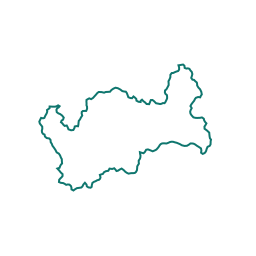 outline of Frei Inocêncio, Minas Gerais, Brazil, rotated 304°
{"feature_id": "56859067B46677455197451", "entity_name": "Frei Inocêncio", "entity_type": "district", "adm_level": 2, "iso_a3": "BRA", "parent_name": "Brazil", "parent_adm1": "Minas Gerais", "projection": "robinson", "projection_center": [-41.872, -18.522], "detail": "fine", "context": "isolated", "style": "outline", "palette": "teal", "viewbox_px": 256, "rotation_deg": 304, "n_neighbors": 0, "source": "geoboundaries", "source_scale": "gbopen_adm2", "svg_char_len": 3953}
<svg xmlns="http://www.w3.org/2000/svg" viewBox="0 0 256 256"><g transform="rotate(304 128 128)"><path d="M102.0,51.0L100.5,51.9L98.9,51.3L97.6,50.8L96.4,51.9L94.6,52.4L91.8,52.6L89.6,53.0L88.5,52.1L87.8,50.3L85.6,50.6L83.7,50.9L82.4,52.4L81.8,54.2L81.2,56.1L79.4,57.4L77.5,58.1L76.2,59.3L75.6,60.9L75.9,62.5L74.5,63.9L74.2,66.2L75.3,68.6L74.8,70.4L73.0,71.9L72.2,73.8L71.1,75.2L70.3,77.5L69.2,80.2L67.9,82.5L68.1,85.0L67.3,87.0L65.9,89.0L65.2,90.5L63.3,91.9L61.7,93.2L60.3,92.9L58.8,93.0L56.7,93.5L54.9,92.1L54.3,94.7L53.5,97.2L53.2,99.5L51.6,100.6L50.0,100.5L48.3,100.1L46.6,99.9L44.6,101.0L45.0,103.0L46.1,105.1L46.3,106.7L46.3,108.5L47.5,109.6L48.3,111.1L48.0,113.1L47.1,114.3L45.5,115.5L45.7,117.7L47.7,118.4L49.6,119.3L51.1,121.0L52.6,122.6L54.1,122.9L56.2,122.6L58.5,122.9L57.9,125.2L56.6,126.5L56.6,128.4L57.6,130.4L58.9,130.8L60.3,130.0L62.6,129.2L64.4,129.9L65.8,130.9L67.5,131.7L68.8,132.9L70.3,133.2L71.7,132.8L73.4,130.9L74.5,131.7L76.0,132.9L77.8,132.8L79.8,133.8L81.5,135.6L84.0,135.4L85.2,137.8L86.9,139.1L86.5,140.9L85.9,142.5L86.9,143.5L89.0,144.4L90.8,145.4L90.7,147.9L90.2,150.3L90.2,152.2L90.5,154.0L92.2,155.7L93.5,157.6L94.6,158.8L96.0,159.2L98.0,159.0L99.9,158.0L101.4,157.1L103.1,157.0L104.5,157.0L105.8,155.9L107.0,155.1L109.2,155.1L110.7,154.6L112.2,153.7L113.3,152.5L114.6,151.4L115.1,153.2L115.8,155.0L117.7,155.4L120.1,155.2L121.4,156.5L121.9,158.5L122.5,161.5L124.3,162.7L126.0,163.6L128.2,163.9L129.9,164.0L131.3,163.9L132.9,164.1L134.3,164.9L135.5,166.5L136.7,168.6L138.4,169.8L139.8,170.6L140.9,171.7L141.8,173.1L142.3,174.8L143.0,176.7L143.4,178.7L143.7,180.3L143.8,182.3L144.7,184.8L146.2,186.8L148.2,187.8L150.1,188.4L151.0,189.7L151.7,191.2L151.9,192.9L151.8,195.0L151.9,197.0L151.9,199.9L150.4,201.4L148.4,202.4L148.3,204.4L149.5,205.2L150.8,205.7L152.6,205.6L154.7,204.9L156.9,204.5L158.8,205.7L160.5,205.6L161.7,204.9L163.1,204.0L164.8,203.3L165.3,201.7L166.6,200.4L167.9,199.3L169.6,197.9L170.1,194.8L170.2,191.9L171.9,190.6L173.9,190.6L175.7,190.4L176.1,188.6L176.9,186.9L178.1,185.6L178.1,183.4L176.7,182.0L175.3,180.1L174.2,178.4L173.4,176.3L174.1,173.5L174.9,171.7L176.3,170.4L178.0,169.9L180.1,169.7L181.1,167.5L182.9,167.3L185.3,167.4L187.7,167.6L189.3,167.3L191.0,167.4L192.9,168.8L193.8,170.7L195.2,170.4L197.1,170.4L199.0,168.5L200.4,166.1L200.9,163.7L201.9,161.6L203.1,160.7L204.2,159.6L204.4,157.6L204.8,155.8L204.1,154.4L204.9,152.4L206.7,151.9L208.7,151.2L210.2,149.4L210.6,147.6L211.4,145.8L210.9,144.2L209.9,143.2L209.5,141.4L211.2,139.9L211.4,138.2L210.3,137.0L209.2,135.9L208.2,134.8L206.7,136.6L205.0,137.7L203.3,137.7L201.8,136.5L200.3,135.5L199.0,134.8L198.0,133.5L195.8,133.4L193.8,134.7L191.6,135.2L189.4,135.4L187.9,136.6L186.3,137.7L184.6,137.9L183.0,138.1L181.5,138.2L179.9,137.7L178.2,138.6L177.3,139.8L177.0,141.9L175.6,143.1L174.3,143.9L172.5,144.2L170.5,144.5L169.0,144.4L168.2,143.0L166.8,142.2L165.8,141.2L165.2,139.7L164.2,137.4L164.8,134.5L164.9,132.6L163.9,131.3L162.0,131.7L159.6,132.2L158.3,130.0L158.8,127.5L158.8,125.9L159.3,123.8L157.8,123.3L156.6,123.9L155.6,122.0L155.4,119.7L156.7,118.6L157.1,116.7L157.2,114.9L155.0,114.7L154.2,113.3L153.7,111.1L155.1,109.2L156.3,107.5L156.9,105.9L156.1,104.4L155.4,102.6L155.6,100.3L155.3,97.3L154.4,95.1L152.5,93.9L150.2,93.0L148.0,92.8L146.6,91.0L145.4,89.4L143.9,88.4L143.0,86.0L141.5,83.6L139.8,83.0L137.6,82.8L135.6,82.5L133.4,82.2L131.3,81.3L130.9,79.3L129.6,78.6L128.1,77.9L126.6,78.8L125.2,79.9L123.6,80.9L122.8,82.1L121.1,83.3L118.8,83.8L117.8,82.4L116.9,81.1L115.5,80.7L114.2,81.4L112.7,83.1L110.5,83.1L108.2,83.4L106.4,83.2L104.8,84.0L103.0,85.0L101.5,85.6L100.7,84.1L99.5,83.0L98.0,83.6L95.8,83.8L94.3,82.1L93.6,79.4L95.0,77.4L95.8,75.8L94.3,74.3L94.6,72.5L95.2,70.8L95.3,69.2L97.0,68.8L98.6,69.5L100.7,68.9L101.5,66.4L101.6,64.0L101.2,62.1L101.3,60.1L103.0,58.5L104.7,58.2L106.3,59.0L107.8,59.1L107.7,57.4L106.2,56.7L105.0,55.7L103.8,54.0L102.9,52.5L102.0,51.0Z" fill="none" stroke="#0f766e" stroke-width="2"/></g></svg>